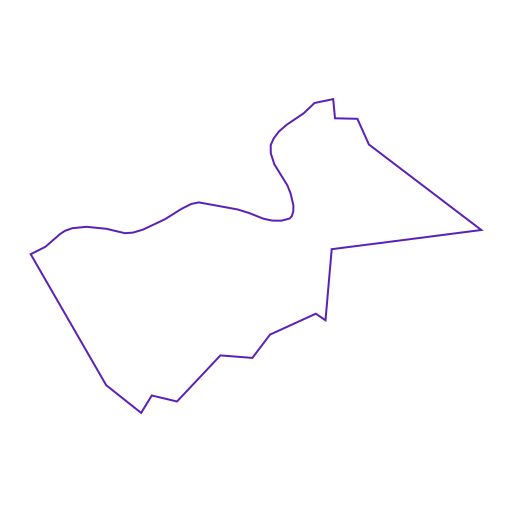 outline of Gallatin, Kentucky, United States of America
{"feature_id": "52423323B123232647985", "entity_name": "Gallatin", "entity_type": "district", "adm_level": 2, "iso_a3": "USA", "parent_name": "United States of America", "parent_adm1": "Kentucky", "projection": "mercator", "projection_center": [-84.857, 38.761], "detail": "fine", "context": "isolated", "style": "outline", "palette": "violet", "viewbox_px": 512, "rotation_deg": 0, "n_neighbors": 0, "source": "geoboundaries", "source_scale": "gbopen_adm2", "svg_char_len": 720}
<svg xmlns="http://www.w3.org/2000/svg" viewBox="0 0 512 512"><path d="M314.5,103.0L303.8,113.2L286.6,124.8L278.9,131.5L273.8,138.3L270.7,145.1L270.8,153.4L274.3,164.2L287.4,185.4L290.6,193.5L293.4,205.4L293.3,211.1L291.9,216.0L289.7,218.5L281.4,220.7L272.3,220.6L263.7,218.8L248.5,212.8L237.3,209.4L198.9,202.4L191.4,203.9L181.6,208.8L165.0,219.2L143.0,229.6L133.0,232.6L124.9,233.2L106.4,228.8L86.3,226.8L72.3,228.2L65.0,230.8L60.0,234.1L45.4,246.8L30.7,254.2L106.2,385.2L141.1,412.9L151.8,395.5L177.0,401.5L220.4,355.4L252.4,357.9L270.0,334.6L315.8,313.7L325.5,320.3L331.7,249.2L481.3,230.0L453.3,208.7L368.9,144.5L357.4,118.8L335.0,118.3L333.2,99.1L314.5,103.0Z" fill="none" stroke="#5b21b6" stroke-width="2"/></svg>